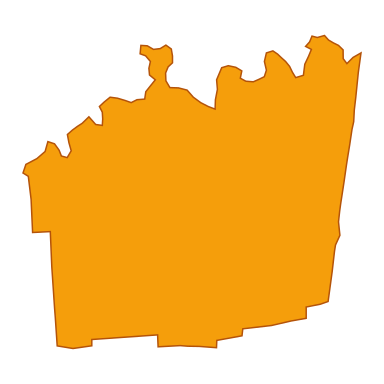 Xavantina, Santa Catarina, Brazil (Albers equal-area conic projection)
{"feature_id": "56859067B40030649265518", "entity_name": "Xavantina", "entity_type": "district", "adm_level": 2, "iso_a3": "BRA", "parent_name": "Brazil", "parent_adm1": "Santa Catarina", "projection": "albers", "projection_center": [-52.319, -27.015], "detail": "fine", "context": "isolated", "style": "filled", "palette": "amber", "viewbox_px": 384, "rotation_deg": 0, "n_neighbors": 0, "source": "geoboundaries", "source_scale": "gbopen_adm2", "svg_char_len": 1690}
<svg xmlns="http://www.w3.org/2000/svg" viewBox="0 0 384 384"><path d="M73.0,348.5L91.8,345.8L91.8,339.5L157.6,334.9L158.1,346.8L180.2,345.6L187.7,346.2L199.2,346.4L216.5,347.7L216.8,340.4L242.0,335.8L242.8,328.8L271.5,325.5L291.0,321.0L306.2,318.3L306.2,307.0L320.4,304.2L328.1,301.5L332.2,271.4L334.5,251.3L335.5,245.0L339.9,235.3L338.5,221.8L339.7,210.9L340.8,202.9L342.2,193.9L344.1,181.4L346.5,164.7L347.6,157.6L349.6,145.4L350.8,137.4L352.0,129.4L353.7,121.7L354.3,110.0L355.8,97.2L358.3,72.5L361.0,52.9L353.1,57.4L346.9,63.6L343.2,58.7L343.1,49.9L338.5,45.4L333.4,42.9L328.5,40.0L324.5,35.5L317.3,37.5L312.0,36.1L309.6,41.9L305.6,46.4L311.4,49.4L308.5,56.4L304.8,64.2L303.4,75.3L295.7,77.6L292.4,72.2L289.6,66.4L285.6,61.5L281.6,57.9L277.6,54.1L272.9,50.9L266.4,52.9L264.4,61.5L266.4,70.2L264.3,76.7L259.2,79.2L253.3,81.8L245.8,81.2L240.3,78.2L241.8,70.9L235.8,67.3L228.3,65.7L221.7,67.7L216.6,79.8L217.4,89.4L215.4,99.8L215.1,109.1L208.2,106.5L200.8,102.7L193.3,97.2L187.1,90.1L178.5,87.9L169.9,87.6L165.9,80.8L165.6,73.0L168.1,66.9L172.5,62.8L172.5,56.0L171.3,49.0L165.9,45.1L160.2,48.6L153.5,49.4L147.3,45.8L140.9,45.4L140.1,53.8L145.6,55.8L150.4,61.5L148.9,68.3L149.5,75.0L155.3,79.8L150.4,85.9L145.8,91.7L144.7,99.1L137.0,99.7L131.2,102.6L125.2,100.5L117.5,98.2L110.1,97.2L104.1,102.1L99.4,106.5L102.3,112.2L102.7,119.0L102.3,125.4L95.7,124.5L88.9,116.8L82.2,123.3L77.4,126.4L72.5,130.0L67.4,134.5L68.9,142.6L71.2,150.8L67.2,157.6L61.4,156.0L59.1,150.2L54.5,143.8L47.9,141.6L45.1,151.5L36.9,158.6L25.9,164.4L23.0,173.0L28.3,176.3L31.1,199.4L32.6,232.5L50.3,231.6L51.8,266.9L54.6,308.6L55.3,317.6L57.2,345.9L73.0,348.5Z" fill="#f59e0b" stroke="#b45309" stroke-width="1.5"/></svg>